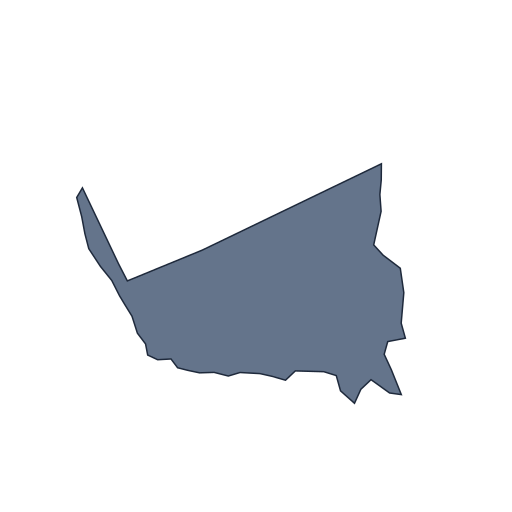 outline of Camutanga, Pernambuco, Brazil, rotated 203°
{"feature_id": "56859067B82745904918761", "entity_name": "Camutanga", "entity_type": "district", "adm_level": 2, "iso_a3": "BRA", "parent_name": "Brazil", "parent_adm1": "Pernambuco", "projection": "mercator", "projection_center": [-35.297, -7.442], "detail": "fine", "context": "isolated", "style": "filled", "palette": "slate", "viewbox_px": 512, "rotation_deg": 203, "n_neighbors": 0, "source": "geoboundaries", "source_scale": "gbopen_adm2", "svg_char_len": 764}
<svg xmlns="http://www.w3.org/2000/svg" viewBox="0 0 512 512"><g transform="rotate(203 256 256)"><path d="M68.1,185.2L86.9,204.1L99.6,215.6L101.3,228.7L86.4,238.7L96.1,250.9L105.6,280.0L118.4,301.1L139.3,306.4L152.0,312.2L158.3,346.0L166.0,361.0L170.4,374.9L176.6,389.9L307.8,240.4L364.7,182.8L379.6,195.2L442.4,250.9L443.9,239.8L431.8,224.1L422.3,209.8L412.8,197.4L395.1,185.6L379.2,177.1L366.0,166.0L357.6,159.9L346.6,152.1L335.0,138.6L323.3,131.9L317.0,122.5L306.0,122.1L294.0,128.0L284.5,122.5L274.1,124.1L262.3,126.4L249.1,132.5L234.6,134.7L225.2,142.5L206.4,149.3L194.3,151.5L180.3,153.2L174.9,165.6L148.4,176.0L135.4,177.3L125.5,164.9L107.8,158.9L107.4,174.3L101.8,187.1L79.5,182.1L68.1,185.2Z" fill="#64748b" stroke="#1e293b" stroke-width="1.5"/></g></svg>